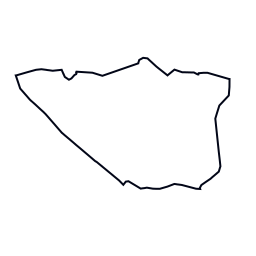 Sami', Ta`izz, Yemen (Natural Earth projection), rotated 354°
{"feature_id": "15242507B43926728713037", "entity_name": "Sami'", "entity_type": "district", "adm_level": 2, "iso_a3": "YEM", "parent_name": "Yemen", "parent_adm1": "Ta`izz", "projection": "natural_earth1", "projection_center": [44.119, 13.381], "detail": "fine", "context": "isolated", "style": "outline", "palette": "ink", "viewbox_px": 256, "rotation_deg": 354, "n_neighbors": 0, "source": "geoboundaries", "source_scale": "gbopen_adm2", "svg_char_len": 1652}
<svg xmlns="http://www.w3.org/2000/svg" viewBox="0 0 256 256"><g transform="rotate(354 128 128)"><path d="M234.1,89.9L233.5,89.8L227.6,87.4L212.8,81.4L209.2,81.0L204.0,80.9L203.6,82.1L202.9,82.0L199.4,79.7L193.8,79.0L193.5,78.9L192.3,78.8L191.7,78.7L187.7,78.2L180.3,74.8L173.2,79.5L172.8,79.8L168.1,75.2L164.8,72.0L162.6,69.8L155.7,62.0L154.7,60.8L150.4,59.8L146.3,61.5L144.9,64.7L144.9,64.8L128.6,68.6L108.0,73.4L98.4,69.3L82.6,66.6L82.2,67.3L82.5,68.2L82.1,69.0L80.3,69.7L76.9,72.8L74.3,73.8L70.5,70.6L69.6,67.8L69.5,67.7L69.5,67.4L69.3,67.0L68.1,63.2L64.6,63.2L59.5,63.2L59.1,63.2L56.3,62.5L53.7,61.9L52.7,61.6L48.1,60.5L45.1,60.5L43.0,60.5L42.8,60.5L42.7,60.5L40.8,60.8L33.0,62.1L22.4,64.0L21.9,64.0L24.9,77.5L29.7,84.3L29.8,84.4L33.2,89.3L34.1,90.4L38.6,95.3L39.2,96.0L42.5,99.8L46.0,103.7L46.5,104.4L47.3,105.3L53.0,113.4L57.2,119.4L61.8,126.0L62.0,126.1L64.6,128.9L65.2,129.5L71.4,136.0L71.8,136.4L74.5,139.3L78.1,143.0L82.1,147.2L84.7,149.9L91.8,157.4L92.5,158.0L93.0,158.2L113.7,179.3L117.4,184.0L120.2,181.1L122.9,181.0L134.3,189.6L136.3,189.5L138.0,189.5L140.5,189.3L146.6,191.0L147.0,191.0L147.4,191.1L147.6,191.1L148.9,191.3L153.3,191.8L156.6,191.2L161.1,190.4L168.2,188.5L170.0,188.9L170.9,189.2L171.0,189.2L171.5,189.3L174.4,190.0L175.6,190.3L189.3,195.5L193.4,196.2L193.2,195.1L195.0,192.4L199.9,189.7L204.8,187.1L206.7,185.7L208.2,184.7L213.7,180.9L213.8,180.7L214.2,179.8L215.4,176.9L215.9,175.8L215.9,170.2L215.8,161.2L215.8,155.8L215.8,146.6L215.8,139.0L215.8,127.8L218.2,122.1L221.2,115.2L222.0,114.5L231.5,106.3L231.6,106.2L231.7,105.9L231.8,105.3L233.2,97.8L234.1,89.9Z" fill="none" stroke="#020617" stroke-width="2"/></g></svg>